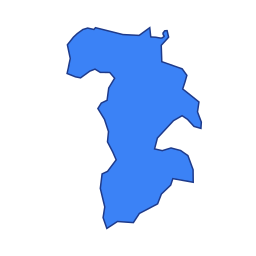 Uzgen, Osh, Kyrgyzstan (orthographic projection), rotated 99°
{"feature_id": "92254566B62299131303841", "entity_name": "Uzgen", "entity_type": "district", "adm_level": 2, "iso_a3": "KGZ", "parent_name": "Kyrgyzstan", "parent_adm1": "Osh", "projection": "orthographic", "projection_center": [73.5, 40.749], "detail": "fine", "context": "isolated", "style": "filled", "palette": "blue", "viewbox_px": 256, "rotation_deg": 99, "n_neighbors": 0, "source": "geoboundaries", "source_scale": "gbopen_adm2", "svg_char_len": 1084}
<svg xmlns="http://www.w3.org/2000/svg" viewBox="0 0 256 256"><g transform="rotate(99 128 128)"><path d="M83.7,196.7L85.7,187.9L85.9,182.7L77.8,174.6L75.0,169.8L77.4,164.1L76.0,154.7L80.9,149.0L91.5,153.3L103.9,153.0L107.6,158.3L113.5,160.8L123.1,152.6L134.6,146.7L144.9,146.1L154.1,139.3L161.3,134.7L174.0,141.4L177.4,146.4L192.0,145.9L209.6,138.6L220.4,138.6L230.5,133.2L222.0,123.8L220.6,107.9L210.6,103.4L198.3,86.9L188.0,84.7L177.7,76.9L171.0,75.8L171.4,55.1L159.0,57.2L145.9,64.5L142.0,72.5L141.0,82.4L145.0,90.6L144.5,98.5L133.3,97.4L113.6,84.2L107.4,76.5L110.1,70.6L116.1,63.1L117.0,55.9L110.7,56.5L101.2,61.9L91.2,62.0L80.9,80.1L73.5,78.9L66.8,78.1L61.1,83.7L57.2,105.0L41.1,108.1L33.4,103.0L31.9,102.1L25.7,104.6L25.9,105.6L26.3,107.0L28.8,108.3L30.2,107.9L31.4,106.8L32.0,106.7L32.4,107.1L33.7,108.4L34.1,109.7L34.0,114.8L34.5,119.6L33.7,120.0L25.5,122.2L34.8,131.5L36.5,147.6L34.0,175.8L36.0,177.1L35.6,183.5L37.8,188.0L42.7,192.9L46.8,196.1L55.3,200.9L68.4,195.9L76.0,196.3L76.0,196.2L82.0,196.6L83.7,196.7Z" fill="#3b82f6" stroke="#1e3a8a" stroke-width="1.5"/></g></svg>